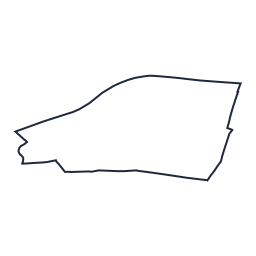 outline of Jaunjelgava, Jaunjelgavas, Latvia
{"feature_id": "27541924B26056136094226", "entity_name": "Jaunjelgava", "entity_type": "district", "adm_level": 2, "iso_a3": "LVA", "parent_name": "Latvia", "parent_adm1": "Jaunjelgavas", "projection": "robinson", "projection_center": [25.08, 56.612], "detail": "fine", "context": "isolated", "style": "outline", "palette": "slate", "viewbox_px": 256, "rotation_deg": 0, "n_neighbors": 0, "source": "geoboundaries", "source_scale": "gbopen_adm2", "svg_char_len": 1494}
<svg xmlns="http://www.w3.org/2000/svg" viewBox="0 0 256 256"><path d="M240.6,83.4L223.2,82.2L200.4,80.5L187.8,79.1L179.4,78.1L172.5,77.4L165.5,76.8L159.7,76.3L151.5,75.7L148.4,75.8L143.6,76.4L134.9,77.9L127.6,80.1L120.0,83.0L113.5,86.0L102.3,92.8L96.8,97.2L88.9,103.5L79.7,109.0L72.8,112.1L69.5,113.1L56.7,117.2L42.7,121.7L15.4,131.6L24.1,139.5L25.7,140.6L26.1,141.1L26.9,142.0L26.7,142.1L24.6,144.0L21.4,145.8L21.0,145.9L19.4,147.9L18.6,150.1L18.6,151.3L18.7,151.8L18.9,152.5L19.5,153.6L19.9,154.3L20.8,155.0L21.4,155.5L22.4,156.7L23.0,157.5L23.3,158.1L23.1,160.3L23.1,161.4L22.1,163.4L22.2,163.7L22.8,163.7L39.7,162.6L42.3,162.5L46.7,162.1L55.8,160.3L56.0,160.3L56.1,161.2L56.5,161.7L59.1,164.5L65.0,171.9L70.1,171.8L70.8,172.0L73.3,171.9L87.0,171.5L89.1,171.4L91.1,171.8L98.8,170.4L114.2,171.0L118.8,171.2L124.8,171.1L126.3,171.0L129.7,170.8L132.2,170.6L136.5,170.4L137.3,170.7L138.0,170.8L152.4,172.7L160.2,173.8L179.9,176.7L185.0,177.5L185.5,177.6L194.6,178.7L197.1,179.0L197.9,179.1L198.8,179.2L199.5,179.3L207.4,180.2L207.5,180.3L208.1,179.3L208.3,179.0L211.5,174.4L213.0,172.7L213.2,172.4L214.3,170.9L217.5,166.1L220.9,161.4L222.1,156.6L222.2,156.2L224.4,149.0L225.0,147.2L225.7,145.0L225.8,144.7L229.4,133.7L232.3,130.0L231.9,129.7L227.3,128.0L229.0,122.0L229.1,121.8L229.7,119.0L230.6,115.2L230.8,114.5L230.9,114.1L232.7,108.0L232.8,107.7L233.6,105.1L236.3,96.9L238.1,91.9L237.5,91.8L237.9,90.6L238.0,90.3L240.4,83.9L240.6,83.4Z" fill="none" stroke="#1e293b" stroke-width="2"/></svg>